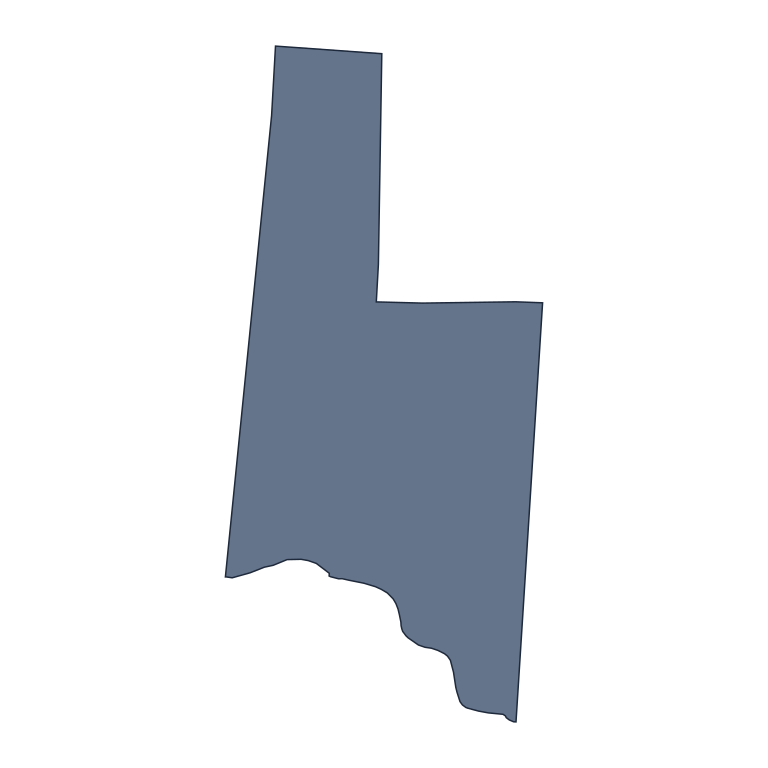 Brown, Ohio, United States of America (Equal Earth projection)
{"feature_id": "52423323B39524161644268", "entity_name": "Brown", "entity_type": "district", "adm_level": 2, "iso_a3": "USA", "parent_name": "United States of America", "parent_adm1": "Ohio", "projection": "equal_earth", "projection_center": [-83.851, 38.947], "detail": "fine", "context": "isolated", "style": "filled", "palette": "slate", "viewbox_px": 768, "rotation_deg": 0, "n_neighbors": 0, "source": "geoboundaries", "source_scale": "gbopen_adm2", "svg_char_len": 873}
<svg xmlns="http://www.w3.org/2000/svg" viewBox="0 0 768 768"><path d="M381.8,53.7L275.5,46.1L271.6,115.5L225.4,576.9L226.2,576.9L232.2,577.8L250.1,572.8L264.3,567.2L273.2,565.3L287.1,559.6L301.1,559.3L308.3,560.6L316.3,563.4L329.3,573.3L329.1,576.0L330.5,576.7L338.6,578.8L342.2,578.7L349.7,580.4L349.8,580.4L363.8,583.2L375.5,586.7L381.0,589.2L387.3,592.9L393.1,598.8L395.9,603.5L398.0,608.9L399.3,614.3L400.9,622.1L401.1,625.7L401.8,628.8L402.7,631.4L406.0,635.8L408.2,637.9L418.4,645.0L425.1,647.3L431.4,648.2L437.9,650.4L444.5,653.7L447.5,656.1L450.4,660.3L453.5,672.2L455.8,687.3L457.0,692.2L460.0,701.6L462.4,704.9L465.9,707.5L468.1,708.3L478.6,711.1L488.4,712.9L503.0,714.3L505.4,715.9L506.2,717.6L509.2,719.9L513.6,721.8L516.0,721.9L542.6,302.8L515.6,301.8L422.5,303.1L376.3,301.9L378.4,264.3L381.8,53.7Z" fill="#64748b" stroke="#1e293b" stroke-width="1.5"/></svg>